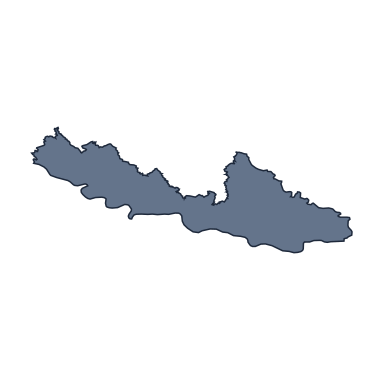 La Dorada, Caldas, Colombia (Equal Earth projection), rotated 98°
{"feature_id": "7082276B85380105057389", "entity_name": "La Dorada", "entity_type": "district", "adm_level": 2, "iso_a3": "COL", "parent_name": "Colombia", "parent_adm1": "Caldas", "projection": "equal_earth", "projection_center": [-74.751, 5.53], "detail": "fine", "context": "isolated", "style": "filled", "palette": "slate", "viewbox_px": 384, "rotation_deg": 98, "n_neighbors": 0, "source": "geoboundaries", "source_scale": "gbopen_adm2", "svg_char_len": 6099}
<svg xmlns="http://www.w3.org/2000/svg" viewBox="0 0 384 384"><g transform="rotate(98 192 192)"><path d="M183.3,79.3L182.4,84.0L177.9,84.3L177.1,85.8L177.2,87.5L178.8,87.8L179.6,89.1L182.7,90.1L183.3,91.4L182.8,92.8L182.9,93.7L181.3,92.8L179.7,93.2L179.0,93.0L178.3,93.5L178.0,94.2L178.1,95.5L179.0,98.7L178.7,100.1L178.2,101.1L177.3,102.1L171.5,105.1L169.8,104.6L168.8,104.7L168.9,107.6L167.5,111.3L167.5,112.8L166.4,113.3L166.3,113.0L165.2,113.0L164.3,112.0L163.2,112.6L162.8,114.2L160.8,116.7L161.1,120.0L159.8,120.7L161.0,124.3L160.3,129.3L159.4,132.1L157.2,136.2L156.3,137.2L151.8,140.4L150.1,140.5L148.8,142.5L146.9,143.2L146.9,145.7L146.2,149.1L146.4,149.7L146.1,150.4L146.4,152.6L146.2,154.4L147.0,152.9L147.7,152.8L149.3,153.3L150.2,154.2L150.6,154.1L151.4,155.5L152.9,154.4L154.7,154.4L155.3,153.8L155.1,154.7L155.4,155.3L157.4,155.1L157.7,154.0L158.1,154.1L158.1,157.2L159.2,158.7L160.7,160.1L161.4,160.2L162.1,161.8L163.8,161.3L164.2,161.6L164.3,162.4L165.3,163.3L167.0,162.2L167.1,160.8L167.6,160.6L167.1,160.1L167.3,159.7L168.9,160.5L169.4,160.3L169.9,161.2L169.9,159.7L170.7,159.8L170.8,159.0L172.4,157.4L173.2,158.3L174.0,158.4L174.9,159.5L175.3,159.0L176.7,159.0L176.6,159.7L177.2,160.7L178.8,161.4L179.6,160.2L180.6,160.4L181.1,160.0L181.2,158.9L182.8,159.1L184.3,158.2L185.0,158.8L186.2,157.1L186.9,157.9L186.8,157.1L187.6,157.5L188.2,156.4L189.1,156.4L189.4,155.9L190.2,156.0L190.4,156.5L191.0,155.6L192.7,156.6L193.5,155.8L193.7,156.8L197.3,158.5L196.8,160.9L197.3,161.3L198.0,163.1L198.7,162.7L199.4,163.2L199.0,163.8L199.4,163.8L199.5,164.7L200.9,165.7L200.5,167.0L201.0,168.2L201.4,168.8L202.0,168.7L201.7,170.4L200.4,169.8L199.7,168.8L198.8,168.4L198.6,169.0L197.7,169.1L194.5,168.3L193.1,169.0L191.4,167.9L190.6,168.4L190.5,169.3L189.5,170.1L188.8,174.8L189.3,176.1L189.1,177.0L189.7,176.1L190.2,176.1L191.0,174.6L191.3,174.8L191.4,175.9L192.4,175.5L193.1,175.9L194.4,178.3L195.5,179.4L194.1,181.4L194.4,182.0L193.6,184.6L196.6,187.9L196.2,193.6L196.4,196.9L197.3,197.9L198.8,197.7L198.4,198.5L199.6,198.8L199.0,199.0L199.2,200.1L198.5,200.7L197.5,200.7L197.1,201.9L195.4,203.1L194.9,204.8L194.2,205.2L194.6,205.6L194.2,206.3L194.6,207.0L193.8,207.8L192.0,205.1L190.9,204.9L191.0,205.6L190.0,206.3L189.7,207.1L189.7,208.5L190.4,209.0L190.4,209.9L189.6,211.5L189.8,212.0L189.3,212.3L189.8,213.4L189.6,214.1L189.2,214.0L189.5,215.2L188.0,215.7L187.3,217.0L186.7,216.8L185.7,218.2L184.9,217.4L184.5,217.6L184.1,220.2L183.4,220.1L183.2,220.7L182.8,220.3L181.2,223.1L180.1,223.3L179.9,224.2L178.5,224.8L178.0,224.2L177.7,226.0L176.5,226.4L175.1,229.0L173.7,230.2L174.2,231.8L175.5,232.1L176.2,233.2L178.0,234.3L179.1,236.5L179.8,236.7L180.0,237.7L180.7,238.8L181.5,238.8L182.2,238.2L182.1,240.3L181.8,240.8L182.4,243.1L180.9,243.2L180.4,243.6L181.2,244.9L181.2,245.8L180.9,246.3L180.0,246.2L179.9,248.1L179.4,248.9L178.3,248.8L177.4,249.4L176.0,248.8L175.7,250.9L174.0,250.8L173.3,253.3L173.5,257.3L172.5,258.8L171.4,259.1L171.1,263.3L171.3,264.5L171.0,265.1L170.0,265.1L169.4,265.7L169.0,268.1L166.4,269.0L165.5,270.4L164.5,270.8L163.5,270.1L163.1,271.2L161.8,271.5L160.7,273.2L159.5,273.5L159.0,273.2L157.7,277.0L155.8,279.2L155.9,280.3L156.7,281.9L158.1,283.8L158.6,285.3L160.1,286.9L160.1,289.2L161.0,290.1L159.1,291.3L158.9,292.0L159.1,294.0L158.1,294.4L156.0,294.3L156.4,294.9L156.2,295.5L157.7,296.0L157.5,297.1L156.5,296.9L155.8,297.3L156.4,298.9L159.7,302.7L161.2,306.4L162.0,307.4L163.6,306.3L164.3,303.0L164.7,302.5L165.9,303.2L166.8,305.2L168.2,306.1L168.6,306.9L168.2,307.1L168.2,307.7L167.6,307.9L164.6,311.1L164.4,314.0L163.4,315.4L162.5,318.4L161.4,319.7L160.0,319.9L159.0,320.9L159.1,321.6L158.4,322.1L158.3,322.7L157.3,323.2L157.1,324.8L156.5,324.7L155.8,325.4L155.2,327.3L154.3,327.9L153.9,329.1L153.3,329.2L153.1,330.0L152.7,330.0L152.6,331.1L152.0,332.1L150.9,332.1L149.4,334.1L147.9,333.1L146.7,333.6L147.1,334.5L147.6,334.6L148.1,335.2L148.3,336.9L149.2,337.0L149.8,336.2L150.7,336.2L151.3,335.1L152.1,334.7L152.9,334.6L153.6,335.1L153.8,333.9L154.7,333.3L155.7,334.8L156.5,335.1L157.6,334.6L157.2,335.3L157.4,336.5L156.8,338.1L156.5,338.1L156.4,339.5L156.4,340.4L157.3,341.5L156.9,342.7L157.4,344.0L158.3,345.0L159.5,344.8L160.8,346.0L162.0,344.2L163.1,345.7L165.3,344.5L165.9,344.6L166.7,345.6L169.8,351.9L170.2,352.0L171.4,350.3L173.4,350.6L173.5,351.3L173.0,351.6L172.7,352.5L172.8,353.2L174.5,353.2L175.1,353.6L175.8,356.2L177.1,354.8L177.5,353.6L178.8,353.2L179.3,351.7L181.2,350.0L181.9,350.6L181.2,352.8L181.5,353.5L182.2,353.7L184.2,352.2L185.6,352.8L186.0,347.3L187.8,342.1L189.7,339.2L194.2,335.4L195.2,334.2L196.5,328.1L197.9,316.5L198.9,314.0L201.4,310.3L201.8,309.0L201.7,306.0L199.0,299.3L198.9,298.2L199.4,296.8L200.4,296.1L203.6,301.1L205.1,302.0L206.2,302.0L207.9,301.5L209.7,299.7L211.7,296.9L212.9,294.4L213.2,292.0L210.9,286.8L209.7,280.7L209.8,277.9L210.9,276.1L215.1,276.1L218.0,275.0L218.7,274.1L219.1,271.8L219.0,268.8L217.8,263.5L213.7,256.9L213.6,254.2L214.0,252.7L217.3,249.6L219.2,249.5L222.6,251.2L224.7,251.7L226.4,251.0L227.2,249.7L227.1,248.0L224.9,247.4L222.7,246.1L221.8,244.2L220.9,239.0L220.3,232.6L219.4,228.2L219.2,223.0L217.7,216.1L217.4,212.1L215.2,205.8L214.8,202.3L215.3,200.7L217.1,198.8L222.3,197.5L225.6,195.3L228.5,191.3L231.3,185.4L231.3,179.9L229.0,176.6L226.1,169.0L225.4,162.7L227.4,156.0L227.3,150.9L229.4,144.8L229.1,137.7L229.5,133.1L230.8,130.8L232.3,129.9L233.8,129.6L235.9,127.7L236.9,126.6L237.5,124.5L237.1,121.7L234.0,116.5L233.2,112.1L234.0,105.3L237.6,94.0L237.3,87.5L237.9,82.6L237.1,79.0L235.9,76.0L234.5,74.4L232.9,73.9L227.2,74.5L225.9,73.7L225.1,68.5L223.1,64.6L222.1,58.8L222.0,57.0L223.0,53.9L223.0,51.0L221.9,47.6L219.5,34.7L217.0,34.8L216.0,32.1L214.6,31.0L212.5,27.8L209.2,28.0L207.9,28.9L205.2,32.2L203.2,33.0L198.7,33.3L197.0,31.8L195.4,32.5L195.4,35.2L196.3,41.4L196.0,43.1L195.5,44.0L195.0,44.0L193.2,41.7L192.4,41.9L191.8,43.1L191.9,45.8L191.4,47.5L189.4,50.0L189.1,51.0L188.8,54.4L190.0,60.0L189.9,64.4L186.2,70.3L186.5,71.2L188.0,72.4L187.9,75.7L187.0,76.8L185.8,75.4L183.8,75.3L182.5,76.9L182.4,77.5L183.3,79.3Z" fill="#64748b" stroke="#1e293b" stroke-width="1.5"/></g></svg>